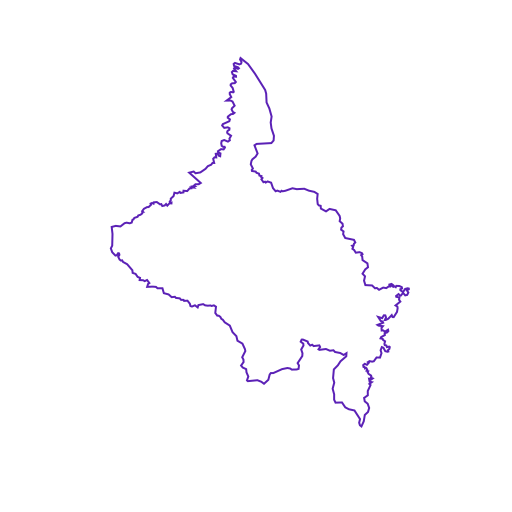 Cértegui, Chocó, Colombia, rotated 73°
{"feature_id": "7082276B47980594061529", "entity_name": "Cértegui", "entity_type": "district", "adm_level": 2, "iso_a3": "COL", "parent_name": "Colombia", "parent_adm1": "Chocó", "projection": "natural_earth1", "projection_center": [-76.545, 5.385], "detail": "fine", "context": "isolated", "style": "outline", "palette": "violet", "viewbox_px": 512, "rotation_deg": 73, "n_neighbors": 0, "source": "geoboundaries", "source_scale": "gbopen_adm2", "svg_char_len": 6127}
<svg xmlns="http://www.w3.org/2000/svg" viewBox="0 0 512 512"><g transform="rotate(73 256 256)"><path d="M186.0,385.5L193.0,386.8L204.1,390.5L206.3,392.6L210.4,392.4L214.5,390.3L214.6,389.0L213.0,387.0L213.5,386.2L215.0,386.3L216.5,388.0L219.5,387.5L220.9,386.5L221.0,385.3L222.8,384.9L226.2,381.6L233.5,378.4L236.1,378.9L237.9,376.4L241.4,375.3L243.0,373.3L245.0,374.3L246.2,371.0L247.5,369.8L247.1,367.2L250.7,365.9L251.2,367.4L253.7,369.1L255.1,363.7L256.3,360.7L258.1,359.6L259.5,354.9L264.6,355.0L267.2,350.8L270.7,348.7L271.3,345.5L272.7,344.8L274.2,341.3L276.0,340.5L276.8,338.1L277.9,337.9L278.7,334.6L282.3,333.2L284.7,333.3L285.6,332.0L285.3,328.8L288.1,326.8L286.1,325.4L286.6,320.6L288.3,319.1L289.4,316.7L290.0,314.0L290.8,313.1L290.9,310.7L292.8,309.1L298.6,311.6L301.7,310.5L302.2,309.1L303.8,307.9L306.0,307.5L307.2,306.4L310.3,305.3L314.9,301.4L322.0,300.7L326.9,298.2L331.6,298.5L335.8,294.6L341.8,293.8L343.8,294.0L348.8,298.8L351.4,298.3L353.8,298.9L356.4,302.3L358.8,301.3L361.3,298.5L364.5,299.1L369.0,298.6L372.3,301.0L373.3,300.4L375.2,291.0L377.8,287.7L380.5,285.7L378.0,280.4L373.4,277.6L372.3,276.1L373.0,273.6L371.8,264.1L372.3,258.7L373.6,256.2L375.1,255.0L376.4,250.3L376.4,248.3L373.2,246.9L370.6,247.5L365.2,241.0L362.6,240.0L358.6,240.1L355.5,236.8L353.6,236.4L351.0,238.3L349.3,236.8L349.6,235.6L352.9,231.6L354.5,231.7L357.5,230.3L357.3,228.2L359.0,227.2L360.0,221.6L361.8,221.3L363.5,223.5L364.3,222.8L365.4,216.3L368.2,213.0L368.8,209.5L370.9,208.5L373.4,203.8L376.3,201.1L375.4,197.9L378.3,199.0L381.4,206.0L384.5,209.7L387.2,214.7L395.3,218.0L400.0,218.2L405.3,221.5L411.1,221.7L416.3,223.3L419.5,222.8L421.2,216.6L426.8,214.9L429.7,212.0L432.5,207.0L442.4,204.2L445.6,206.1L448.2,206.1L449.8,205.0L445.6,201.3L439.8,198.4L437.9,194.5L434.4,192.2L429.9,192.4L426.8,194.5L423.3,194.1L421.9,189.8L417.8,188.6L412.9,184.2L411.5,185.0L410.5,182.2L409.4,184.1L406.7,183.8L407.9,182.4L407.2,180.2L405.8,181.8L405.0,180.9L404.0,180.9L401.7,182.8L399.8,183.2L399.0,182.4L398.1,183.8L397.3,182.9L395.6,183.2L395.1,183.5L395.4,184.6L393.8,184.7L393.5,185.6L391.7,185.4L390.9,183.5L392.5,181.7L391.1,179.4L390.2,180.0L389.7,178.2L391.0,175.8L391.1,174.1L388.3,170.4L389.4,167.1L385.6,164.4L382.6,164.4L379.9,162.3L381.0,161.0L384.8,160.2L386.0,158.3L386.0,157.4L384.7,157.4L383.8,155.6L382.2,154.7L381.6,155.1L381.4,157.4L379.7,157.5L378.9,158.9L377.6,158.9L375.3,157.5L373.5,159.0L372.3,159.1L371.2,161.0L370.1,160.0L369.3,155.9L367.5,155.6L367.4,152.9L366.5,151.4L365.1,151.3L366.0,154.7L364.2,156.3L364.0,157.6L361.4,157.0L360.2,155.2L358.4,159.2L357.4,160.0L357.0,153.9L355.7,154.1L354.6,155.7L350.0,157.0L352.3,153.5L350.1,151.1L350.6,149.7L352.7,149.6L354.9,151.5L355.1,150.7L354.7,147.9L352.2,143.5L354.3,143.3L354.7,142.2L350.7,137.5L347.3,135.8L345.7,135.6L344.1,137.0L341.8,131.3L339.6,132.0L337.6,131.0L336.0,133.8L335.2,133.7L334.1,130.8L335.8,130.0L336.2,129.1L334.6,126.6L334.8,125.9L337.3,124.8L337.4,122.8L335.5,121.0L332.8,121.8L332.5,119.6L331.8,119.4L331.2,120.4L331.1,123.0L333.2,125.6L332.8,126.5L330.9,127.9L330.0,127.7L329.7,125.8L328.4,125.7L326.6,127.7L325.6,130.5L326.7,131.5L325.1,132.9L326.0,134.4L324.7,133.6L324.0,135.7L323.4,133.8L322.3,134.6L322.3,136.8L324.3,136.9L323.9,138.0L324.8,140.8L323.4,143.6L324.3,148.2L321.9,149.8L321.7,151.6L318.1,153.6L315.8,159.9L311.2,159.9L307.3,157.7L304.1,159.3L300.7,155.4L299.5,152.2L295.6,151.6L291.1,155.3L287.5,154.6L285.9,155.2L285.4,153.6L284.2,153.9L282.6,155.9L282.0,159.6L279.0,160.4L277.3,161.7L275.8,160.5L274.3,161.1L274.4,159.5L272.9,158.7L272.1,157.1L269.2,157.6L264.9,165.4L260.6,166.3L258.1,165.1L255.7,166.9L253.8,166.0L253.0,164.2L250.4,163.8L247.2,165.8L244.6,164.5L242.1,164.3L235.6,166.4L232.5,171.9L233.8,176.0L229.6,180.1L226.9,179.5L226.0,181.1L224.4,181.8L219.2,180.8L214.7,178.9L211.7,181.5L209.0,186.3L205.8,190.2L204.0,197.5L201.9,201.3L202.2,208.9L201.9,211.6L201.1,212.5L201.8,213.8L199.7,216.5L199.8,218.3L196.1,219.9L190.3,220.1L188.1,223.1L188.6,225.2L187.6,225.6L187.6,227.3L184.2,228.4L183.3,227.0L181.8,228.0L181.1,227.5L180.1,229.2L178.1,229.1L176.6,231.2L175.2,231.6L173.5,235.0L172.5,234.9L171.4,233.4L166.8,234.2L163.7,232.5L162.5,231.2L160.9,227.3L158.4,224.5L149.7,225.1L149.0,222.6L152.5,208.3L150.7,205.4L146.3,203.7L138.5,203.9L132.6,202.9L127.2,200.3L118.8,200.1L112.3,201.0L103.7,198.8L99.9,198.7L81.3,203.7L70.1,207.5L62.2,212.9L63.4,213.8L66.2,213.1L67.7,214.0L67.9,215.8L65.2,219.7L65.8,221.2L67.8,221.4L70.3,218.0L71.5,217.5L71.8,218.5L69.6,221.4L70.4,222.3L73.5,221.0L72.3,223.9L73.1,225.3L75.5,225.2L77.8,222.5L78.7,222.7L77.9,225.0L78.9,226.1L83.7,224.4L84.5,225.8L83.9,228.4L84.5,230.0L85.5,230.4L88.5,229.2L92.5,229.3L92.8,230.0L91.8,232.0L92.1,233.3L93.5,233.8L96.8,233.2L98.8,238.7L99.9,234.9L101.4,233.3L106.0,232.5L107.7,235.8L108.7,236.5L111.5,236.0L112.8,234.8L113.4,236.3L113.1,238.6L114.5,242.2L115.5,242.6L117.7,241.0L119.3,242.1L120.2,249.2L121.3,250.2L124.2,248.9L124.7,245.4L126.1,244.0L127.5,244.6L128.0,246.5L129.1,247.4L130.4,247.4L133.7,244.7L136.0,247.1L137.7,247.2L138.4,249.4L135.8,252.5L136.0,255.2L138.0,256.3L140.6,256.6L142.0,255.5L142.4,254.1L143.2,254.0L144.6,255.8L143.6,258.2L144.7,261.8L145.8,261.9L147.5,260.0L150.1,261.1L149.1,262.4L146.8,262.8L146.5,264.6L150.1,265.2L149.5,266.8L150.5,268.5L154.8,268.8L154.3,270.4L155.6,272.2L156.0,275.8L157.9,278.8L159.8,284.8L159.2,289.6L157.0,290.9L156.8,295.5L170.0,287.5L170.6,289.8L169.7,292.9L170.5,294.7L171.3,294.1L170.9,296.3L172.4,295.4L171.3,298.3L172.3,298.2L172.0,299.9L173.8,302.8L172.4,306.2L174.0,306.8L173.6,309.8L172.4,310.2L173.1,312.9L171.6,315.5L174.6,317.3L176.2,320.7L177.8,321.2L178.8,322.6L180.1,322.5L180.2,321.2L181.0,321.5L180.3,323.3L181.9,326.1L180.0,326.8L181.0,328.6L180.8,331.0L178.7,331.4L178.6,332.6L175.4,335.1L174.8,338.1L176.0,338.7L174.9,340.0L175.1,341.5L176.3,341.4L177.8,344.4L177.4,345.9L178.1,349.4L179.8,351.7L180.8,351.1L180.7,351.9L182.0,352.3L182.8,354.4L182.8,356.7L183.9,357.8L184.0,361.2L185.2,362.5L185.2,363.5L187.7,365.1L187.8,367.2L186.3,370.0L186.2,372.1L188.1,377.0L186.2,381.3L186.0,385.5Z" fill="none" stroke="#5b21b6" stroke-width="2"/></g></svg>